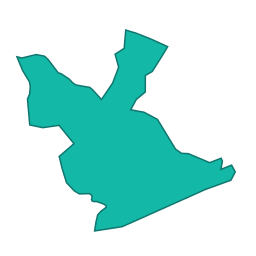 Keguma, Albers equal-area conic projection, rotated 352°
{"feature_id": "LVA-5766", "entity_name": "Keguma", "entity_type": "Municipality", "adm_level": 1, "iso_a3": "LVA", "parent_name": "Latvia", "parent_adm1": "", "projection": "albers", "projection_center": [24.743, 56.689], "detail": "fine", "context": "isolated", "style": "filled", "palette": "teal", "viewbox_px": 256, "rotation_deg": 352, "n_neighbors": 0, "source": "natural_earth", "source_scale": "10m", "svg_char_len": 1022}
<svg xmlns="http://www.w3.org/2000/svg" viewBox="0 0 256 256"><g transform="rotate(352 128 128)"><path d="M31.1,111.3L32.5,85.3L35.3,80.7L37.0,73.3L36.8,68.5L31.7,56.6L27.9,42.0L32.6,43.9L47.4,42.5L55.4,45.3L58.5,49.2L66.6,63.7L69.2,64.8L76.7,71.5L79.3,75.3L82.3,78.1L88.7,80.2L95.7,82.4L98.1,85.0L105.7,96.1L119.0,81.4L127.2,66.5L125.5,53.1L135.3,48.6L139.4,30.7L149.2,35.2L164.7,44.1L178.6,53.0L171.3,62.0L159.9,75.4L152.5,78.4L150.1,94.8L140.3,100.8L133.2,110.3L139.9,112.6L146.0,114.6L152.6,119.4L158.4,123.6L162.1,132.2L172.1,155.5L177.4,160.5L184.2,161.8L191.2,166.0L197.9,170.0L204.0,173.7L216.0,170.9L216.9,173.9L214.3,181.9L225.4,179.2L228.1,186.4L222.7,194.0L195.7,199.7L188.7,201.8L108.5,224.9L80.6,225.3L83.3,216.4L85.9,209.8L89.6,206.7L95.5,203.4L95.4,201.7L93.2,199.8L86.8,196.5L84.0,196.1L82.3,195.3L81.9,193.9L82.8,191.6L82.7,189.6L80.6,187.6L70.7,186.5L66.0,182.7L59.5,173.6L57.1,158.6L55.9,146.6L72.3,136.0L60.1,115.8L43.6,115.8L31.1,111.3Z" fill="#14b8a6" stroke="#0f766e" stroke-width="1.5"/></g></svg>